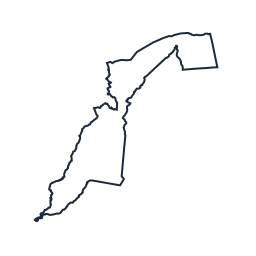 the district of Igembe Central, Eastern, Kenya, rotated 97°
{"feature_id": "3690345B70498422733273", "entity_name": "Igembe Central", "entity_type": "district", "adm_level": 2, "iso_a3": "KEN", "parent_name": "Kenya", "parent_adm1": "Eastern", "projection": "orthographic", "projection_center": [38.046, 0.325], "detail": "fine", "context": "isolated", "style": "outline", "palette": "slate", "viewbox_px": 256, "rotation_deg": 97, "n_neighbors": 0, "source": "geoboundaries", "source_scale": "gbopen_adm2", "svg_char_len": 5926}
<svg xmlns="http://www.w3.org/2000/svg" viewBox="0 0 256 256"><g transform="rotate(97 128 128)"><path d="M179.3,125.9L178.8,126.1L176.7,128.4L147.8,129.4L135.5,129.7L134.5,130.4L133.1,130.4L132.0,130.6L128.1,132.4L125.1,131.6L123.6,130.3L122.5,130.5L121.2,132.0L120.4,132.1L119.3,133.7L118.7,134.3L116.9,133.8L115.7,132.7L113.3,131.7L112.8,131.3L111.6,131.1L110.8,130.9L110.5,131.0L109.8,131.0L107.7,131.6L106.8,131.6L106.0,131.0L104.7,129.4L104.2,129.2L103.6,128.7L103.2,128.7L102.4,131.5L102.0,132.1L101.7,132.9L101.3,132.8L101.1,132.5L100.8,132.7L99.8,132.1L100.0,131.8L99.4,131.7L98.3,131.0L97.7,129.2L97.2,128.5L94.7,127.4L93.3,126.4L92.5,126.3L91.4,126.4L91.2,126.1L91.3,125.8L91.0,125.4L90.5,125.5L90.2,125.3L89.5,125.1L89.0,124.5L88.1,124.3L87.8,124.0L87.7,122.5L87.3,121.6L86.8,121.3L86.7,120.8L86.3,120.6L85.1,121.0L84.0,120.3L83.7,119.8L83.7,119.2L82.7,119.0L80.9,117.8L78.5,117.3L77.1,117.5L76.8,117.9L76.4,118.1L75.2,117.5L74.8,116.5L53.8,98.9L53.4,97.7L53.1,97.6L52.7,96.9L51.6,96.1L50.6,96.0L50.3,96.0L50.0,95.9L49.6,95.1L48.0,93.8L47.9,93.5L47.5,93.0L46.5,92.7L45.9,92.2L45.4,92.1L45.2,91.7L44.0,91.3L42.8,91.4L42.6,91.0L42.3,90.8L40.7,90.4L40.5,90.2L40.5,89.6L41.0,89.1L42.5,89.3L43.1,89.2L44.2,88.9L44.9,88.1L45.2,88.1L48.7,88.6L49.6,88.6L51.2,87.7L53.3,84.9L54.4,84.3L55.8,83.5L57.0,83.4L57.9,83.1L59.1,82.3L59.9,81.4L61.1,81.1L63.5,80.7L60.8,67.7L58.9,57.4L57.5,51.0L56.9,46.7L32.4,55.0L24.5,58.0L24.7,58.8L25.1,59.2L25.0,59.9L24.7,60.5L25.0,62.9L25.1,63.2L25.9,63.9L26.3,64.6L26.5,65.0L26.5,65.6L27.0,66.8L27.3,69.0L27.1,69.4L27.1,71.7L27.9,73.3L27.7,76.1L26.9,77.1L26.9,78.8L26.3,79.4L26.3,79.9L27.8,87.5L30.2,93.6L31.7,96.1L31.8,97.2L31.6,98.2L34.6,104.3L40.0,113.4L51.5,128.5L60.0,133.6L60.9,137.3L61.2,143.0L63.7,149.2L65.5,151.5L64.5,153.5L66.0,156.8L70.6,154.5L71.7,154.4L71.8,154.7L73.1,154.6L73.1,153.8L75.0,153.7L77.5,152.6L78.2,153.5L79.1,153.3L81.2,155.3L81.5,155.0L81.9,155.4L82.9,153.8L84.0,152.8L84.8,151.4L84.9,150.5L85.2,150.6L85.4,150.8L86.2,152.6L87.1,152.2L88.0,151.6L89.3,150.4L89.6,150.6L90.4,152.1L91.2,153.1L91.5,153.1L92.1,152.9L93.9,151.2L94.5,151.3L96.8,152.3L97.2,151.8L97.1,151.4L96.5,150.2L98.1,148.8L98.6,148.3L98.7,147.8L99.5,147.0L99.0,145.5L100.1,144.1L100.5,144.1L102.1,143.5L103.0,143.1L103.6,142.5L104.0,141.9L111.1,141.4L111.0,141.6L110.8,143.7L111.2,144.0L111.5,144.2L111.3,144.9L109.9,146.7L110.7,146.9L110.4,148.6L108.9,149.4L108.3,149.8L107.6,150.7L106.7,151.2L106.5,151.5L106.3,151.9L106.3,152.3L106.7,152.8L106.6,153.1L106.2,153.6L108.1,155.9L108.5,156.0L108.9,156.3L109.3,157.3L110.4,157.7L110.9,157.8L111.5,158.1L111.6,158.4L111.1,159.5L111.1,160.2L111.1,160.6L111.9,162.2L112.1,163.0L112.1,164.1L112.4,164.3L114.4,163.1L118.5,161.0L119.3,159.9L119.6,159.6L120.3,159.6L121.3,159.9L122.2,160.4L122.3,160.7L123.4,161.7L123.9,162.5L124.8,163.0L125.3,163.7L126.2,164.4L127.1,165.7L127.8,165.7L129.0,166.1L129.2,166.9L129.5,167.3L130.1,167.5L130.3,167.8L131.4,170.2L131.4,170.8L131.6,171.1L132.6,171.8L133.3,172.0L133.4,172.3L134.1,172.6L134.8,173.4L135.2,173.2L136.2,173.4L136.6,173.2L137.1,173.2L138.0,173.8L139.2,174.0L139.5,174.2L141.2,174.6L141.4,174.7L141.8,175.4L142.1,175.2L142.4,174.6L143.1,174.5L144.1,174.2L144.6,174.2L146.5,174.8L148.0,175.0L149.3,175.8L149.8,176.5L150.5,176.8L151.4,176.8L152.7,177.3L153.4,176.9L154.0,176.9L155.0,177.1L155.3,177.3L155.6,177.2L156.5,177.8L157.1,177.9L157.5,178.2L158.1,179.4L158.4,179.6L158.7,179.8L160.4,179.8L161.4,180.6L163.2,181.0L163.6,180.6L164.0,180.6L164.7,180.2L166.3,180.1L167.1,179.8L167.4,180.5L169.1,181.1L169.5,181.9L170.6,182.0L171.4,182.3L172.3,182.3L172.6,182.6L173.3,182.9L175.0,182.7L175.1,183.0L176.7,183.6L177.3,184.5L178.0,185.1L179.3,185.0L180.5,185.7L181.7,185.7L183.4,185.5L184.1,185.2L184.4,185.4L184.7,186.3L185.4,186.2L185.7,186.3L185.6,186.7L185.8,187.1L186.6,187.0L186.8,187.7L187.5,187.9L187.8,188.4L187.5,188.8L187.6,189.2L188.2,189.4L188.5,189.8L188.3,190.1L188.6,190.4L189.2,191.5L189.4,192.9L190.1,193.7L190.9,195.2L191.4,195.7L191.6,196.0L191.5,196.6L192.2,196.9L192.8,197.9L193.5,198.2L194.0,198.3L195.0,198.2L195.5,198.6L196.7,198.5L197.4,198.8L198.6,198.7L198.8,198.2L199.1,197.8L199.0,197.5L199.0,197.1L199.2,196.9L200.4,196.9L201.3,195.6L201.9,195.3L202.2,195.0L202.7,195.1L203.7,196.0L204.0,196.1L204.3,196.2L204.9,195.8L205.8,195.8L206.6,196.6L207.1,196.5L207.1,195.7L207.3,195.4L208.2,195.3L208.6,195.2L209.3,195.7L209.1,196.1L209.3,196.3L210.9,195.9L212.3,195.8L213.4,195.1L214.3,195.5L215.9,195.6L216.5,195.9L216.7,196.2L216.8,197.2L218.1,198.0L218.7,198.8L218.7,199.1L219.4,199.6L219.6,199.9L219.5,200.4L219.7,200.7L222.3,201.6L222.5,202.5L223.0,203.0L223.2,203.7L223.6,204.1L223.9,204.3L224.3,204.3L224.9,203.9L225.9,203.8L226.2,203.6L226.7,203.7L227.0,203.9L228.2,206.9L228.5,207.3L229.8,208.3L229.7,208.7L229.9,209.0L230.6,209.3L231.5,207.9L231.5,207.2L231.2,206.6L230.5,206.1L229.9,206.2L228.9,205.9L228.3,204.8L228.3,203.7L228.1,203.4L228.0,202.6L227.4,202.4L225.1,202.2L224.7,202.1L224.3,201.3L224.1,200.0L223.9,199.6L223.4,199.2L223.2,197.9L223.3,197.0L223.8,195.3L223.5,193.8L223.2,192.3L222.8,191.5L222.7,190.8L221.6,188.4L221.6,187.3L221.3,186.1L220.5,184.7L219.9,184.3L219.3,184.2L218.9,183.7L217.2,182.9L216.9,181.5L216.2,181.2L215.6,180.3L215.3,180.0L214.5,179.9L213.7,179.1L213.0,178.7L212.6,178.9L212.1,178.7L210.3,177.2L210.0,176.8L209.4,176.4L208.9,175.4L208.8,174.7L209.0,174.5L208.7,173.5L208.5,173.3L207.8,173.2L207.2,172.9L206.9,172.6L206.2,171.4L205.5,170.9L205.0,170.8L204.8,170.5L203.3,169.5L203.0,169.1L202.9,168.7L201.9,168.2L201.4,168.6L200.7,168.5L199.2,166.3L198.2,165.9L198.0,165.6L197.7,165.5L197.5,165.1L196.2,165.3L195.8,165.2L195.4,165.3L194.7,164.9L194.2,164.9L193.2,164.0L191.5,162.9L189.3,162.4L188.8,162.1L188.5,162.1L188.2,162.0L188.0,161.7L187.7,161.6L187.3,162.2L187.0,162.2L186.2,161.3L185.6,160.5L185.1,160.0L185.0,159.7L184.5,158.7L184.5,155.6L185.9,128.9L179.3,125.9Z" fill="none" stroke="#1e293b" stroke-width="2"/></g></svg>